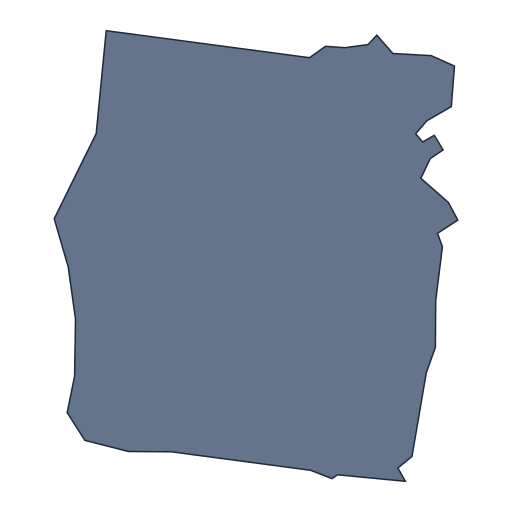 the district of Dickson, Tennessee, United States of America
{"feature_id": "52423323B89058096253104", "entity_name": "Dickson", "entity_type": "district", "adm_level": 2, "iso_a3": "USA", "parent_name": "United States of America", "parent_adm1": "Tennessee", "projection": "albers", "projection_center": [-87.293, 36.147], "detail": "fine", "context": "isolated", "style": "filled", "palette": "slate", "viewbox_px": 512, "rotation_deg": 0, "n_neighbors": 0, "source": "geoboundaries", "source_scale": "gbopen_adm2", "svg_char_len": 595}
<svg xmlns="http://www.w3.org/2000/svg" viewBox="0 0 512 512"><path d="M106.2,30.7L96.2,133.6L54.2,218.7L68.2,266.8L75.5,319.0L74.6,376.1L67.2,412.6L84.9,440.4L128.4,451.5L171.2,451.8L310.6,470.3L332.0,478.6L337.5,474.8L405.4,481.3L397.9,468.0L412.0,456.4L426.3,372.7L435.4,347.3L435.7,300.9L442.4,246.7L437.5,233.3L457.8,220.1L448.4,202.5L420.9,178.3L430.2,158.6L443.1,149.9L434.3,135.3L422.6,142.0L415.7,133.7L426.8,120.8L451.3,106.6L454.5,66.1L431.1,55.6L392.9,53.5L376.8,35.2L368.0,44.6L344.8,47.7L325.5,46.3L309.5,57.7L106.2,30.7Z" fill="#64748b" stroke="#1e293b" stroke-width="1.5"/></svg>